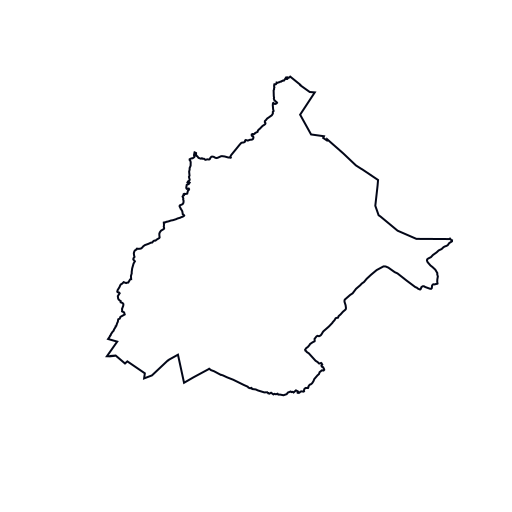 outline of Zaka, Masvingo, Zimbabwe, rotated 241°
{"feature_id": "62879985B3510020236883", "entity_name": "Zaka", "entity_type": "district", "adm_level": 2, "iso_a3": "ZWE", "parent_name": "Zimbabwe", "parent_adm1": "Masvingo", "projection": "robinson", "projection_center": [31.468, -20.378], "detail": "fine", "context": "isolated", "style": "outline", "palette": "ink", "viewbox_px": 512, "rotation_deg": 241, "n_neighbors": 0, "source": "geoboundaries", "source_scale": "gbopen_adm2", "svg_char_len": 6146}
<svg xmlns="http://www.w3.org/2000/svg" viewBox="0 0 512 512"><g transform="rotate(241 256 256)"><path d="M240.6,77.0L239.0,79.7L238.0,82.1L238.4,81.9L237.0,85.0L225.5,89.3L226.2,92.4L207.3,101.9L203.2,98.8L202.0,107.1L207.4,128.3L207.2,128.7L207.5,129.6L207.5,139.9L180.0,131.6L180.2,142.5L180.0,159.6L180.1,160.4L178.0,161.3L175.6,163.4L169.1,167.6L169.1,167.8L167.6,169.2L164.0,171.8L158.8,176.1L149.0,182.9L145.7,185.4L144.5,185.6L143.1,186.8L143.0,187.9L142.9,188.1L141.5,188.2L139.4,191.1L137.6,192.4L132.7,197.1L131.0,200.4L131.1,200.5L130.0,200.1L129.1,201.0L129.1,202.9L126.5,204.1L126.5,205.3L125.4,206.4L125.1,208.1L124.0,208.3L123.1,209.9L120.9,212.5L120.3,215.8L121.1,217.7L120.7,220.6L119.8,221.0L119.4,222.2L118.4,222.7L119.1,225.8L117.2,227.0L116.3,226.1L115.8,226.4L115.8,226.9L115.4,227.6L115.7,228.8L115.7,229.9L114.3,231.9L114.4,232.4L114.8,232.4L116.1,233.7L116.4,234.2L116.5,235.5L115.3,237.5L115.6,238.0L116.4,238.5L117.1,239.8L117.4,240.8L117.2,241.8L117.5,243.4L118.7,245.6L120.1,247.3L121.8,251.9L122.2,253.8L123.6,255.4L123.7,256.4L124.1,258.1L124.0,258.4L123.2,259.2L123.1,259.7L123.4,260.5L124.1,260.7L126.2,260.8L126.9,260.1L128.2,260.0L128.4,260.1L128.9,261.3L130.5,261.3L130.9,261.1L131.0,259.9L131.5,259.0L133.3,258.5L135.5,257.3L145.3,255.0L146.9,254.1L147.6,253.8L148.4,253.8L149.3,253.3L150.2,253.5L151.1,255.3L151.3,257.2L152.1,259.4L152.8,260.6L153.1,263.7L153.0,265.9L153.7,266.4L155.1,267.0L156.3,269.8L156.4,271.0L155.3,272.2L155.2,273.1L155.3,274.3L156.0,275.8L157.1,277.6L157.5,278.6L159.0,285.6L160.5,290.4L160.9,291.0L161.8,293.6L162.9,295.4L162.9,296.1L162.3,297.8L163.4,299.2L163.9,301.6L165.1,305.0L165.7,308.1L166.2,309.0L167.2,309.6L169.5,310.5L173.0,311.2L174.0,311.7L174.8,312.5L176.3,319.5L176.5,322.4L178.8,327.6L179.9,333.0L180.6,335.1L180.9,337.9L182.4,341.7L183.8,347.4L185.2,354.7L185.1,362.5L184.0,364.3L181.7,366.1L174.6,369.5L172.2,371.3L161.5,375.8L151.5,380.3L150.5,381.2L148.8,381.9L147.2,383.2L147.1,383.4L147.3,384.1L148.6,385.6L148.7,387.0L148.6,387.5L147.9,388.4L146.9,388.9L143.0,392.3L142.4,393.3L142.7,394.2L144.8,395.7L145.3,396.9L145.2,397.6L144.5,398.5L144.3,399.8L143.9,400.7L143.9,401.4L145.8,402.1L147.7,403.3L149.9,405.1L152.3,405.7L153.1,406.3L157.1,406.2L160.8,405.0L163.1,404.0L167.4,403.1L169.1,403.3L169.9,403.9L170.2,404.4L170.3,405.4L170.2,408.5L171.1,411.2L171.6,415.7L172.3,418.5L172.1,421.7L172.8,424.3L172.8,425.8L172.5,427.5L172.5,428.9L173.6,431.2L173.8,434.5L174.6,435.0L174.8,434.6L177.2,434.1L177.1,433.3L193.2,404.6L209.5,392.1L230.2,384.0L232.2,383.0L242.1,384.7L258.4,396.3L263.3,399.6L280.5,390.8L280.7,390.6L286.8,387.3L303.3,382.1L323.7,374.8L322.8,374.0L326.7,372.0L327.8,373.5L335.6,363.1L358.2,363.1L370.6,386.7L373.4,382.5L383.9,377.5L384.2,377.8L396.3,372.9L396.0,371.6L396.2,370.6L395.7,369.1L396.0,368.6L396.6,368.8L396.8,369.7L397.1,369.9L397.6,368.9L395.9,365.7L396.4,364.7L396.2,364.4L396.5,363.4L396.3,362.6L396.7,361.9L396.6,360.9L396.9,360.1L397.0,358.8L397.7,358.1L397.0,357.5L396.6,356.7L396.7,356.2L397.2,355.6L397.3,355.3L395.9,354.2L394.5,353.8L394.1,353.2L393.0,352.6L392.3,351.7L387.1,349.0L385.8,348.6L385.0,347.9L383.5,347.6L382.1,348.0L380.3,348.7L379.8,348.7L379.5,347.7L379.7,346.4L380.3,345.8L381.5,345.4L381.4,344.9L379.8,343.8L376.0,342.1L374.3,341.7L373.9,340.6L372.4,339.8L371.4,338.0L370.8,332.3L370.1,330.7L369.7,329.2L368.8,328.6L367.7,328.7L367.2,328.4L366.9,327.9L366.7,326.8L366.6,324.8L365.4,320.9L365.2,319.5L364.6,318.3L363.8,317.5L364.0,314.9L363.6,314.1L363.6,313.2L364.4,312.1L364.4,311.2L363.9,310.8L363.2,310.7L362.5,310.9L362.2,311.4L361.4,311.4L360.7,311.1L359.9,310.2L359.7,309.4L359.9,308.5L360.6,307.0L360.9,304.8L362.4,303.3L362.3,302.5L361.5,302.0L361.2,301.3L361.3,300.3L362.0,298.5L362.0,297.7L361.3,295.7L356.3,283.2L355.4,281.8L354.3,281.7L354.3,281.3L355.2,280.3L355.5,279.6L358.2,276.9L359.8,274.7L360.2,273.8L360.5,270.0L360.9,268.8L361.8,267.9L363.1,267.2L364.0,266.2L364.4,265.3L364.3,264.6L363.8,263.4L363.1,262.5L363.1,262.0L363.2,261.6L364.0,260.6L364.7,258.3L366.2,257.7L367.0,256.4L367.7,256.1L367.6,255.6L367.9,254.9L369.7,253.3L371.7,253.0L372.3,252.6L373.5,252.6L375.1,253.5L376.4,252.5L375.7,251.8L375.3,251.7L374.4,250.7L373.8,250.5L373.1,250.7L372.4,250.0L372.2,247.9L372.7,246.8L372.8,244.9L372.2,244.5L371.3,244.7L369.8,244.4L366.7,242.6L365.1,240.6L363.7,239.8L362.2,238.4L358.5,236.8L357.7,235.7L354.9,235.0L354.3,234.3L354.2,232.7L353.6,231.8L352.9,232.3L352.6,233.3L352.3,233.5L351.5,231.9L351.9,230.3L351.8,229.9L349.7,228.2L348.8,227.9L348.3,228.0L347.8,229.6L347.6,229.9L346.9,229.9L346.4,229.3L346.0,228.0L343.9,226.1L344.4,224.4L345.2,223.4L345.2,222.7L344.8,222.3L344.0,222.3L344.0,221.3L343.6,220.6L341.7,220.4L340.8,219.7L339.3,219.4L337.7,218.3L336.9,216.9L337.2,214.0L336.8,213.4L336.3,213.2L334.7,213.2L333.8,213.0L333.3,213.2L330.8,213.2L328.0,212.2L327.2,212.7L326.2,212.8L326.0,212.4L325.9,210.9L326.2,209.5L326.2,208.4L326.9,205.3L326.9,204.2L327.6,200.7L328.3,198.7L328.6,196.7L329.2,194.4L329.4,194.2L329.4,192.7L329.9,192.1L330.0,191.6L327.6,190.5L326.3,189.5L325.5,189.4L324.5,188.9L324.3,188.2L324.2,185.2L323.3,183.3L322.3,182.2L320.3,181.2L319.1,180.8L318.6,180.1L318.5,177.2L318.2,175.6L318.7,174.7L318.8,174.0L318.6,173.0L318.1,171.7L318.6,170.6L318.8,167.8L319.4,164.0L319.1,161.9L318.5,160.5L318.3,158.9L319.1,156.9L320.2,155.4L320.2,155.2L319.6,154.6L319.6,153.0L319.1,151.9L317.7,150.5L315.5,149.6L314.1,149.3L313.4,147.7L312.4,147.0L310.1,147.5L308.8,145.3L305.2,141.7L302.1,139.4L301.2,139.0L299.1,136.9L296.3,135.6L296.6,135.1L296.5,134.5L294.7,131.4L295.2,130.3L295.2,129.5L295.8,128.8L297.3,127.6L296.7,125.6L296.7,124.1L296.3,123.2L294.9,121.4L293.3,118.5L292.1,117.4L291.5,117.4L290.3,118.6L289.5,118.7L287.9,115.7L285.6,114.8L284.5,114.8L283.0,115.3L282.2,115.8L281.1,115.2L279.6,116.5L278.2,116.7L276.9,115.8L274.6,113.1L273.5,112.7L272.5,112.0L270.6,113.3L268.5,112.8L268.5,107.9L267.3,106.5L267.4,104.8L265.5,103.3L264.5,101.9L262.7,100.0L262.6,99.2L262.2,99.1L260.5,96.1L259.7,95.3L259.2,93.7L257.8,91.0L257.1,90.4L256.9,89.5L256.5,89.2L255.1,86.4L248.4,93.1L240.6,77.0Z" fill="none" stroke="#020617" stroke-width="2"/></g></svg>